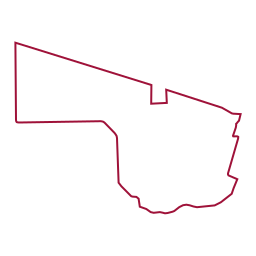 outline of Southern
{"feature_id": "BWA-2649", "entity_name": "Southern", "entity_type": "District", "adm_level": 1, "iso_a3": "BWA", "parent_name": "Botswana", "parent_adm1": "", "projection": "orthographic", "projection_center": [24.884, -24.914], "detail": "fine", "context": "isolated", "style": "outline", "palette": "rose", "viewbox_px": 256, "rotation_deg": 0, "n_neighbors": 0, "source": "natural_earth", "source_scale": "10m", "svg_char_len": 934}
<svg xmlns="http://www.w3.org/2000/svg" viewBox="0 0 256 256"><path d="M237.3,179.2L233.6,188.2L231.7,193.8L220.8,202.3L214.7,205.4L197.0,207.2L193.5,206.5L189.7,205.3L186.4,204.7L183.1,205.2L179.3,207.1L174.3,211.0L172.6,211.7L167.6,213.0L165.0,213.3L162.7,212.7L159.9,212.1L153.7,212.8L150.7,212.1L146.3,209.0L139.8,206.7L138.6,198.7L136.4,196.9L132.5,196.6L131.2,196.2L121.4,186.3L118.6,182.7L117.0,138.1L116.6,136.0L115.7,134.5L114.6,133.0L104.7,122.8L103.4,121.8L102.0,121.4L100.7,121.2L19.1,122.5L17.9,122.4L16.7,122.1L16.2,121.2L16.0,120.0L15.4,42.7L151.4,85.0L151.2,103.7L166.8,102.9L166.2,89.7L221.9,107.7L231.9,113.4L233.4,113.7L240.6,114.1L239.0,120.7L238.0,121.7L236.9,123.1L236.1,123.9L236.2,125.1L235.8,127.6L233.0,135.8L233.2,136.3L233.9,136.4L236.2,136.3L237.4,136.4L238.2,136.8L238.2,138.0L237.9,139.3L228.0,173.4L228.0,174.4L228.5,175.4L237.3,179.2L237.3,179.2Z" fill="none" stroke="#9f1239" stroke-width="2"/></svg>